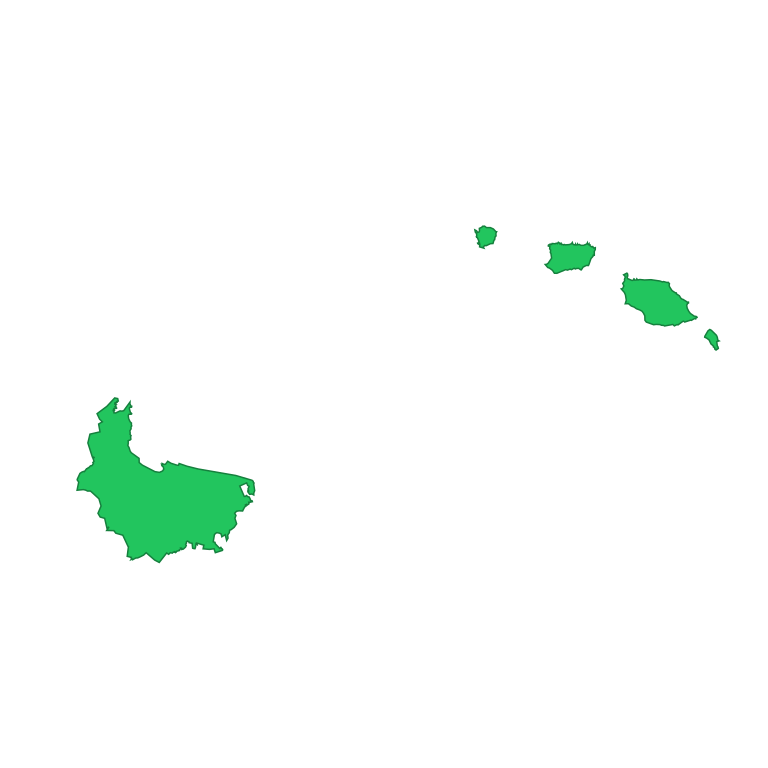 San Blas, Nayarit, Mexico, rotated 156°
{"feature_id": "50627088B60863102587946", "entity_name": "San Blas", "entity_type": "district", "adm_level": 2, "iso_a3": "MEX", "parent_name": "Mexico", "parent_adm1": "Nayarit", "projection": "natural_earth1", "projection_center": [-105.887, 21.55], "detail": "fine", "context": "isolated", "style": "filled", "palette": "green", "viewbox_px": 768, "rotation_deg": 156, "n_neighbors": 0, "source": "geoboundaries", "source_scale": "gbopen_adm2", "svg_char_len": 6097}
<svg xmlns="http://www.w3.org/2000/svg" viewBox="0 0 768 768"><g transform="rotate(156 384 384)"><path d="M707.6,411.8L701.6,409.8L699.7,408.4L698.4,406.8L695.9,405.7L695.3,404.8L691.1,395.1L692.1,387.6L697.9,382.2L697.4,377.9L693.8,374.9L695.8,364.7L693.3,365.4L696.9,363.0L690.4,359.9L689.7,356.8L684.1,352.1L683.9,339.7L683.6,339.4L688.7,331.0L685.6,328.6L686.0,328.4L685.4,327.2L686.4,326.5L685.4,326.5L685.2,325.7L681.6,326.0L679.7,325.3L676.5,325.3L673.1,325.5L669.9,326.6L665.1,316.4L661.9,312.4L651.3,318.0L650.0,316.0L647.8,316.8L646.2,315.6L645.0,316.1L644.2,315.7L643.7,316.1L643.2,315.9L643.1,314.8L642.6,314.8L641.3,315.5L638.8,315.1L638.9,315.5L636.5,316.2L636.5,316.8L635.7,316.4L635.5,315.9L636.0,315.1L634.5,314.8L631.7,315.7L630.3,316.9L630.4,318.3L629.1,319.1L628.8,320.1L627.6,320.5L626.3,319.1L626.6,318.3L624.1,316.5L625.6,311.8L624.7,311.0L623.7,310.4L622.7,311.4L620.7,314.5L620.0,313.3L619.6,314.7L614.1,310.0L615.4,308.4L615.5,307.5L615.8,307.7L616.3,307.0L610.7,303.9L606.3,302.6L606.7,298.5L599.4,297.7L598.8,298.1L598.8,299.0L599.3,299.8L599.5,301.1L601.0,300.7L603.1,306.7L602.8,308.1L604.2,309.3L600.1,315.5L597.4,316.3L595.0,314.7L593.8,313.2L594.3,310.4L590.4,310.9L591.4,305.0L589.2,306.6L588.2,309.7L585.9,311.0L584.5,313.2L582.9,313.1L579.2,314.0L575.5,316.2L574.8,322.0L572.7,324.1L573.0,326.7L570.4,327.7L568.0,327.1L564.8,325.5L562.4,327.5L560.5,328.7L559.9,328.6L559.8,329.9L558.6,330.0L558.4,329.0L556.2,329.4L555.8,330.6L555.6,330.2L555.1,330.6L552.1,330.0L552.0,330.9L553.4,331.8L553.0,332.6L553.1,335.6L554.1,336.3L555.0,338.1L556.2,337.7L557.4,338.1L557.3,349.5L549.7,349.5L549.8,346.8L548.8,345.4L550.8,343.6L551.0,341.9L551.3,341.5L551.7,341.9L551.9,341.4L551.6,341.0L552.2,340.8L551.6,337.9L549.4,337.2L548.1,335.6L547.3,337.4L545.5,339.2L543.8,345.4L543.0,346.4L543.4,347.1L543.1,348.3L543.7,349.7L556.6,360.7L588.4,382.0L597.4,389.0L603.5,394.7L604.8,393.3L606.1,394.0L610.9,398.3L613.0,401.4L616.2,399.6L617.6,400.0L618.9,401.5L619.1,400.7L619.8,401.1L619.7,400.2L620.2,399.8L619.4,398.2L619.8,395.8L621.7,394.6L625.1,394.6L628.9,397.1L637.7,408.1L639.6,411.8L638.0,415.7L642.9,424.1L643.2,426.2L642.8,429.4L643.0,432.3L642.1,433.2L640.7,436.3L638.6,436.1L637.7,436.5L636.9,439.1L636.1,439.6L636.5,441.4L635.8,442.4L635.2,444.6L633.3,445.9L632.6,447.6L631.5,448.3L631.2,450.0L630.6,451.0L631.3,452.8L631.4,456.1L630.5,459.2L629.5,460.1L627.2,459.2L626.6,459.4L626.7,460.3L627.3,460.8L626.7,465.0L626.0,466.1L624.1,465.5L623.5,466.3L624.1,466.8L624.2,469.2L623.4,470.8L632.6,465.5L634.4,465.8L636.1,466.8L641.1,466.7L642.5,467.6L641.9,468.6L642.2,469.5L641.2,469.5L641.7,470.5L641.2,471.1L640.7,471.3L640.2,470.7L639.1,471.3L637.8,470.2L638.4,471.6L638.1,472.0L639.0,472.7L637.7,473.4L637.5,474.4L636.8,474.4L637.2,475.2L638.0,475.3L637.5,476.2L635.3,475.9L635.3,476.7L633.7,476.5L633.2,479.0L635.7,480.8L646.3,476.3L658.2,473.6L658.1,467.6L656.7,464.0L661.0,463.5L662.9,455.8L673.0,457.8L678.5,450.6L680.1,436.2L680.1,434.9L679.0,435.3L678.7,434.8L680.1,434.0L680.4,431.2L681.9,430.7L681.8,429.6L684.0,428.2L685.5,428.6L687.7,427.6L688.2,427.9L689.3,427.3L690.1,427.6L693.4,425.8L693.9,426.3L696.0,426.4L698.1,426.0L702.9,421.8L703.3,421.2L702.8,418.6L707.6,411.8ZM73.7,317.5L72.8,316.7L72.2,317.4L70.9,317.5L70.9,318.0L71.4,318.8L73.0,319.8L75.4,323.8L76.0,326.3L76.2,329.8L75.5,332.7L74.1,334.0L72.8,334.2L72.6,334.9L73.2,334.9L76.5,339.8L77.3,340.4L77.9,341.6L78.3,344.5L80.2,347.4L79.9,348.3L80.8,348.9L82.9,352.2L83.6,356.6L83.4,358.1L82.4,359.6L83.1,361.4L84.0,361.5L87.0,363.9L88.1,364.0L90.1,365.9L97.7,370.7L103.6,373.0L107.8,375.4L109.6,375.7L110.3,377.1L110.7,376.3L112.6,376.8L112.6,377.9L112.9,378.4L114.3,377.4L115.3,377.7L118.6,381.2L118.3,383.0L117.8,383.6L117.4,383.5L117.1,384.2L116.7,385.5L117.0,386.5L120.7,386.3L120.0,384.4L120.2,383.4L121.7,381.9L122.0,380.8L122.7,380.0L125.0,378.8L125.0,376.0L127.1,374.2L128.6,374.4L127.2,369.9L127.2,367.2L128.6,361.9L131.0,359.2L128.0,357.9L126.4,354.7L124.1,352.4L122.8,350.1L120.4,347.8L118.7,345.6L118.2,343.6L118.0,340.2L119.7,336.1L119.2,333.9L113.6,328.5L111.0,327.7L107.5,325.9L106.8,324.9L104.7,323.8L104.1,322.9L95.9,320.9L95.1,319.0L92.1,319.1L91.4,318.4L85.3,319.7L84.7,319.5L84.1,318.3L77.8,317.6L77.3,317.1L73.7,317.5ZM159.0,410.4L157.9,408.4L157.3,408.0L154.6,409.8L151.4,410.0L150.2,409.8L149.4,409.1L148.5,409.5L143.9,414.4L141.2,415.6L140.3,416.6L139.5,416.1L138.0,419.5L136.3,420.9L135.5,422.6L137.0,422.8L137.4,424.7L138.2,424.6L138.9,425.4L139.7,427.0L139.3,427.3L139.9,427.7L139.6,428.8L140.6,428.3L141.1,429.1L140.8,430.2L141.8,429.4L145.3,429.5L147.9,430.7L148.7,432.0L150.2,432.3L150.3,433.2L150.7,432.7L151.8,432.8L152.4,433.2L152.3,433.7L152.7,433.3L153.9,434.0L154.6,435.2L154.4,436.7L155.7,435.9L158.0,436.0L161.9,437.4L162.3,438.0L163.4,438.0L163.9,438.8L165.0,439.1L165.0,440.6L165.9,440.2L166.5,440.6L166.3,441.3L167.1,442.6L168.6,441.7L169.4,442.6L170.6,442.5L173.3,444.0L174.1,443.3L175.1,444.1L175.6,443.6L176.0,444.2L177.3,444.0L177.8,443.3L176.6,442.0L177.7,440.1L177.3,438.6L178.6,436.4L178.4,435.3L179.7,430.8L185.0,427.5L186.9,427.2L188.1,427.6L187.0,423.8L185.7,422.6L183.8,419.2L183.3,415.9L181.0,414.8L171.6,414.6L170.0,413.4L167.3,413.3L166.3,412.2L163.5,412.4L162.8,412.1L162.5,411.3L160.9,411.2L159.0,410.4ZM240.9,470.4L237.5,467.5L237.6,468.7L235.7,469.6L234.5,468.8L229.7,468.9L227.3,468.0L225.1,470.6L224.2,470.8L222.8,473.1L221.4,473.7L220.6,476.0L219.2,477.3L219.8,477.6L221.0,481.1L223.2,483.6L226.8,485.2L227.9,487.3L229.8,488.0L231.0,487.4L233.6,487.4L234.5,485.0L235.5,484.2L236.8,484.4L237.1,486.3L238.3,487.8L238.8,485.5L238.3,483.8L239.0,481.6L239.7,481.1L239.7,480.3L239.2,479.8L239.2,475.6L239.8,475.2L239.4,473.9L240.0,473.4L241.2,474.5L241.3,474.2L240.4,472.8L240.0,473.1L239.6,472.7L240.9,470.4ZM66.7,280.0L64.1,280.5L63.8,282.1L64.0,283.3L62.8,287.4L60.4,287.1L61.2,288.3L60.5,291.2L60.5,293.3L63.1,299.9L64.2,301.3L66.4,300.8L71.5,297.1L72.0,296.3L70.6,294.7L69.1,292.0L69.0,287.6L67.7,284.9L68.0,283.8L67.1,282.9L67.6,281.5L67.3,280.7L66.7,280.6L66.7,280.0Z" fill="#22c55e" stroke="#15803d" stroke-width="1.5"/></g></svg>